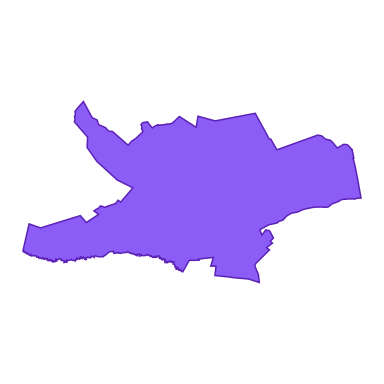 Targu Neamt, Neamt, Romania
{"feature_id": "2599482B68793228352723", "entity_name": "Targu Neamt", "entity_type": "district", "adm_level": 2, "iso_a3": "ROU", "parent_name": "Romania", "parent_adm1": "Neamt", "projection": "natural_earth1", "projection_center": [26.356, 47.204], "detail": "fine", "context": "isolated", "style": "filled", "palette": "violet", "viewbox_px": 384, "rotation_deg": 0, "n_neighbors": 0, "source": "geoboundaries", "source_scale": "gbopen_adm2", "svg_char_len": 5871}
<svg xmlns="http://www.w3.org/2000/svg" viewBox="0 0 384 384"><path d="M259.3,282.5L258.5,275.1L257.8,272.9L256.8,270.8L255.0,266.3L254.8,265.4L256.2,262.9L256.7,262.6L269.5,249.9L266.5,247.7L272.5,243.1L270.3,241.4L273.4,238.0L270.4,232.1L269.3,230.6L267.5,230.3L266.4,230.4L265.8,229.9L261.9,235.1L259.8,229.7L268.8,224.8L277.0,223.0L279.1,221.3L283.0,220.1L285.6,217.1L287.4,215.5L291.0,213.5L291.6,213.0L293.9,212.9L294.5,212.6L296.6,212.3L299.4,211.3L300.6,210.6L302.9,209.7L303.2,209.4L312.3,207.5L316.7,207.0L318.9,207.1L320.9,206.9L322.1,207.2L327.8,207.2L328.8,206.5L332.2,203.8L338.5,201.5L340.9,199.9L343.5,199.3L347.0,199.2L349.1,198.7L350.5,199.1L352.1,198.7L354.0,199.1L356.0,198.7L357.5,198.1L361.0,198.1L357.7,179.4L354.8,164.9L353.1,158.3L353.8,158.2L352.1,149.5L351.2,149.6L351.1,148.6L348.7,145.9L347.4,144.8L345.5,144.4L343.4,144.4L337.3,148.0L332.0,141.7L330.5,140.3L325.2,139.0L323.2,137.1L321.5,135.8L317.7,135.1L276.9,149.8L270.8,139.1L269.1,139.0L267.0,134.8L255.2,113.3L215.1,120.9L198.0,116.2L196.2,127.1L195.8,127.1L179.4,116.5L173.1,122.5L170.9,123.9L169.9,123.7L169.4,124.0L166.6,124.1L166.7,124.3L161.0,125.1L160.5,124.9L159.9,125.3L158.7,125.3L158.5,124.8L158.0,124.7L154.3,126.4L152.2,128.0L147.4,121.8L142.8,122.6L141.0,124.6L142.1,127.0L141.5,128.5L143.0,131.7L135.6,138.6L131.5,141.3L128.1,145.2L112.5,131.5L108.4,131.0L105.6,127.7L98.7,124.6L97.7,122.0L97.3,120.1L92.2,117.7L83.4,101.5L78.3,107.2L75.0,111.4L75.4,114.7L74.5,116.6L75.1,119.1L74.4,121.9L87.6,137.1L87.1,147.5L96.9,161.4L117.3,180.1L132.8,187.8L125.8,196.2L120.6,202.1L118.1,200.2L115.6,203.5L104.6,207.3L101.8,206.2L100.2,206.0L98.8,208.0L96.3,209.3L93.9,210.9L98.6,214.4L86.3,222.5L80.3,215.6L40.6,227.9L29.1,223.9L23.0,250.5L24.0,250.8L24.0,251.1L23.3,251.5L23.5,251.8L24.1,252.1L24.6,251.8L25.6,253.1L26.0,253.3L25.9,253.0L26.1,252.8L26.7,253.2L27.2,252.8L27.4,252.9L27.2,253.5L29.2,254.5L29.3,254.7L29.0,254.9L29.3,255.1L30.4,255.1L31.2,256.0L31.5,255.9L31.7,255.5L31.6,255.0L32.7,255.8L33.3,255.9L34.2,255.5L34.9,255.9L36.3,255.8L36.5,256.0L36.4,256.4L36.6,257.2L36.7,257.3L37.4,256.9L37.6,257.1L38.0,257.1L38.5,256.8L39.0,257.5L38.8,257.9L39.1,258.3L39.9,257.8L40.3,257.9L41.4,258.8L41.6,258.8L41.8,258.7L41.7,258.3L42.2,258.2L42.6,257.8L43.3,257.9L43.6,258.0L43.6,258.3L43.9,258.6L43.9,258.9L43.6,259.0L44.3,259.4L44.7,259.3L45.5,258.4L46.0,258.9L46.4,258.9L46.5,258.5L47.0,258.4L47.4,258.7L46.9,259.7L47.5,259.9L48.0,260.7L48.3,260.6L48.4,260.0L48.9,259.8L49.5,260.6L50.1,259.8L50.5,259.8L50.4,260.5L50.8,260.5L51.2,260.4L50.9,260.0L51.7,260.1L52.0,260.5L51.4,260.8L52.4,261.8L53.1,262.1L53.5,261.9L53.3,261.4L54.0,260.7L55.0,261.7L55.3,261.5L55.3,261.1L55.8,261.2L56.8,260.9L56.7,260.6L56.2,260.4L55.8,259.9L55.8,259.1L56.3,259.1L57.4,259.8L58.6,259.3L59.1,258.8L59.6,258.6L60.1,259.1L60.8,258.9L61.6,259.4L61.5,259.8L61.1,260.2L61.2,260.5L63.1,260.6L64.3,261.2L64.6,261.5L64.5,261.9L63.9,262.3L63.9,262.5L64.3,262.5L64.9,261.9L66.1,262.3L66.6,262.3L66.1,261.4L66.1,261.0L66.6,261.2L67.3,261.1L67.4,260.6L66.3,260.2L66.5,260.0L68.2,260.4L69.4,260.3L70.5,259.9L71.0,259.4L71.9,260.3L74.4,260.4L74.8,260.8L75.2,261.0L75.4,261.0L75.5,259.8L75.6,259.6L77.0,259.6L77.1,259.4L77.1,259.2L76.7,259.1L76.5,258.7L76.9,257.9L77.3,258.0L77.8,258.9L78.2,258.7L79.3,258.8L79.4,259.2L79.7,259.3L79.9,258.7L79.4,258.1L79.5,257.9L80.3,257.6L80.6,258.0L81.5,258.4L80.9,257.0L81.6,257.1L82.4,257.6L83.4,257.9L83.5,257.8L83.5,257.2L84.0,257.3L84.4,257.7L84.2,258.7L85.1,259.5L85.9,259.7L86.4,259.4L86.4,258.9L85.9,258.2L86.8,257.7L87.8,256.9L88.5,257.6L90.5,257.8L90.9,257.7L91.1,257.2L90.8,256.6L91.3,256.3L91.9,256.3L92.9,256.6L93.4,256.6L94.3,257.5L95.0,255.8L95.5,255.8L97.2,256.5L98.8,256.8L103.5,256.7L104.2,255.5L104.9,255.5L109.5,251.8L111.8,251.5L112.7,251.8L113.3,251.3L113.6,251.4L114.0,252.3L113.8,253.1L113.9,253.3L115.6,253.3L117.7,252.5L118.2,252.5L118.4,253.1L118.6,253.2L119.1,253.0L120.1,253.4L122.6,252.9L123.6,252.5L125.1,252.7L126.0,252.3L127.0,252.5L127.5,251.7L127.9,251.5L129.5,253.0L130.2,252.6L130.4,252.9L131.4,253.3L131.2,253.5L132.4,254.0L133.3,253.6L133.9,253.7L134.4,254.5L135.2,254.5L135.4,254.6L135.4,254.9L136.1,255.2L136.5,255.0L136.9,255.7L137.2,255.7L137.6,254.7L138.3,254.7L138.1,254.4L138.1,254.0L139.1,254.1L138.7,254.7L139.1,254.7L139.4,255.1L139.4,256.0L140.1,255.5L140.4,255.9L140.9,255.8L141.3,254.7L141.8,255.5L143.3,255.7L144.3,255.4L145.1,255.7L146.8,254.4L147.4,255.4L148.3,255.2L148.7,254.9L149.7,255.1L150.0,256.3L151.0,256.3L151.6,255.8L151.9,256.2L151.7,256.4L151.7,256.6L152.8,257.4L153.2,257.2L153.7,257.3L153.7,257.2L153.9,257.3L154.6,257.3L154.9,256.4L155.1,256.4L155.7,257.3L156.5,257.2L156.6,257.3L156.9,257.1L157.1,256.7L157.0,256.2L157.5,256.2L159.2,255.9L159.5,256.5L159.3,256.8L159.5,257.1L160.2,257.5L159.2,257.9L159.4,258.3L161.0,258.9L161.5,258.6L161.7,258.8L161.5,259.1L161.8,259.5L162.2,259.5L162.7,259.9L163.3,259.5L163.5,258.8L163.8,258.7L164.1,258.9L163.8,259.4L163.9,259.5L164.9,259.3L165.0,259.4L165.4,260.1L164.9,260.7L165.5,260.9L165.7,261.1L165.3,261.2L165.5,261.7L164.8,261.9L165.0,262.5L165.6,262.3L166.5,262.8L167.0,262.8L167.6,262.5L167.3,262.2L167.4,261.8L168.3,262.2L169.1,261.3L169.5,261.2L169.6,261.6L170.8,262.1L171.1,261.9L171.0,261.2L171.6,261.4L172.1,261.6L171.9,261.9L172.2,262.4L172.8,261.7L173.1,261.8L173.2,262.1L173.8,262.0L173.5,262.7L173.5,263.7L173.3,264.0L173.8,264.0L174.6,264.3L174.7,264.7L174.5,265.1L175.2,266.3L175.0,266.9L176.9,267.3L176.4,267.6L177.2,267.9L176.5,268.2L176.2,268.9L176.0,269.0L176.4,269.3L176.8,269.0L178.5,269.4L178.8,269.1L179.1,269.1L179.5,269.8L179.1,270.3L179.8,270.5L180.6,269.9L181.4,270.1L181.5,270.4L181.2,270.7L181.5,271.1L181.6,271.5L182.8,271.8L189.2,260.4L198.9,260.2L198.3,259.2L203.1,258.5L213.3,257.5L210.8,266.1L216.0,266.2L214.9,275.5L229.1,277.0L233.7,277.7L248.4,279.0L259.3,282.5Z" fill="#8b5cf6" stroke="#5b21b6" stroke-width="1.5"/></svg>